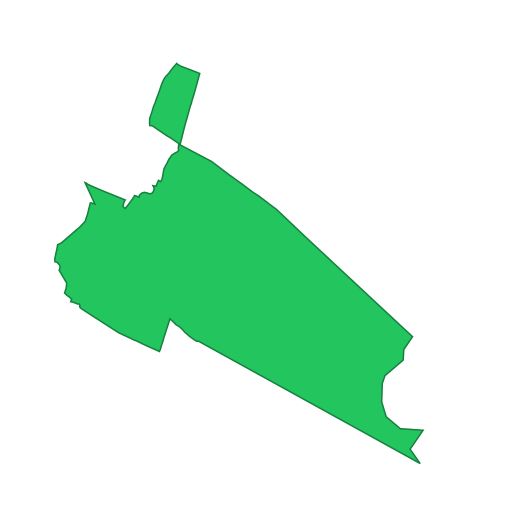 outline of San Antonio de la Cal, Oaxaca, Mexico, rotated 10°
{"feature_id": "50627088B70630919067736", "entity_name": "San Antonio de la Cal", "entity_type": "district", "adm_level": 2, "iso_a3": "MEX", "parent_name": "Mexico", "parent_adm1": "Oaxaca", "projection": "albers", "projection_center": [-96.703, 17.028], "detail": "fine", "context": "isolated", "style": "filled", "palette": "green", "viewbox_px": 512, "rotation_deg": 10, "n_neighbors": 0, "source": "geoboundaries", "source_scale": "gbopen_adm2", "svg_char_len": 2806}
<svg xmlns="http://www.w3.org/2000/svg" viewBox="0 0 512 512"><g transform="rotate(10 256 256)"><path d="M81.4,333.2L84.6,333.4L88.8,334.3L89.7,334.1L90.0,334.0L90.4,334.1L91.1,335.1L91.0,336.4L91.7,336.9L91.8,337.5L93.4,338.3L95.5,339.2L98.3,340.4L107.9,344.5L114.3,347.1L117.9,348.7L120.9,349.9L123.0,350.8L134.5,355.6L147.7,359.1L148.5,359.4L151.0,360.0L153.5,360.5L156.5,361.4L157.1,361.5L158.9,362.1L165.8,363.9L177.5,366.8L178.1,364.1L178.2,363.1L178.5,360.3L178.7,358.7L179.1,356.5L179.3,353.8L179.7,350.7L180.4,345.5L182.2,332.8L183.6,333.7L186.0,335.2L189.2,337.6L190.2,337.9L192.4,338.8L193.8,339.5L194.8,340.2L195.7,340.8L196.9,341.6L197.6,342.2L199.3,343.6L200.3,344.1L203.8,346.3L204.1,346.5L207.0,347.9L210.7,349.7L211.8,350.0L212.8,350.2L213.4,350.1L214.2,349.9L425.5,422.2L453.7,431.9L441.3,419.5L450.8,398.6L428.1,401.0L412.1,391.7L405.1,377.8L402.5,359.6L403.8,351.4L419.0,333.0L417.8,322.4L424.2,308.3L300.9,228.3L269.1,207.2L268.0,206.5L266.3,205.6L265.2,205.1L259.5,202.2L253.8,199.2L252.7,198.7L249.1,196.8L241.4,193.5L240.9,193.2L235.9,190.7L229.7,187.5L226.1,185.8L225.9,185.7L223.7,184.7L221.7,183.7L219.7,182.7L216.8,181.3L215.3,180.6L195.8,170.6L165.6,160.9L161.9,159.7L163.3,139.8L164.7,126.4L164.9,123.8L165.4,119.3L165.9,116.6L165.9,114.9L167.0,106.3L168.9,86.0L162.9,84.8L159.0,84.0L148.8,82.1L147.3,81.5L145.6,80.9L144.5,80.1L141.5,85.0L139.6,88.7L138.2,91.6L136.1,94.6L134.7,97.5L133.7,101.1L133.0,104.7L132.4,108.9L131.5,114.2L130.9,117.1L130.3,120.8L130.1,122.3L129.1,126.7L128.6,131.3L127.4,139.3L128.2,144.2L128.7,146.0L130.1,145.9L131.5,145.9L140.3,149.9L147.9,153.3L151.0,154.4L156.3,156.8L160.3,158.6L160.6,160.1L160.7,163.1L161.4,165.3L161.4,165.5L161.0,166.3L160.7,166.8L159.7,167.7L158.9,168.2L155.6,171.2L153.5,175.6L152.0,180.9L151.4,182.3L150.8,184.2L150.2,186.5L150.2,191.7L150.1,196.7L149.5,198.3L149.1,199.4L146.8,198.4L145.4,204.6L142.3,204.6L142.8,205.3L143.2,205.8L144.0,207.3L143.8,209.9L143.1,211.7L141.2,213.2L139.2,213.0L137.1,212.7L134.9,212.7L132.7,213.8L131.5,215.1L130.6,216.5L130.6,218.3L126.0,217.5L124.9,220.4L120.4,229.4L118.9,231.9L118.2,231.5L116.3,230.2L116.5,227.5L117.0,224.7L117.5,223.5L111.9,222.3L107.2,221.3L94.5,218.6L87.4,217.0L80.5,215.3L77.4,214.4L76.6,213.8L74.9,213.4L79.1,219.5L85.4,228.6L88.3,232.9L84.2,232.2L83.6,232.6L83.6,233.0L83.2,237.9L83.0,241.1L82.9,243.5L82.6,245.8L82.2,248.1L81.8,251.4L77.3,258.2L76.9,258.8L74.3,261.8L71.9,264.8L62.4,276.5L60.5,278.1L58.7,279.3L58.7,283.2L58.3,293.7L59.0,296.6L61.0,296.7L62.5,297.8L63.5,298.5L64.3,299.3L64.9,300.4L64.9,302.6L64.6,304.3L66.9,306.9L69.8,310.3L73.1,314.2L73.7,314.6L74.3,316.0L74.5,318.7L74.6,320.6L73.9,325.8L75.3,326.6L76.5,327.5L77.9,328.2L79.4,328.9L81.4,330.1L81.9,330.3L81.8,331.0L81.4,333.2Z" fill="#22c55e" stroke="#15803d" stroke-width="1.5"/></g></svg>